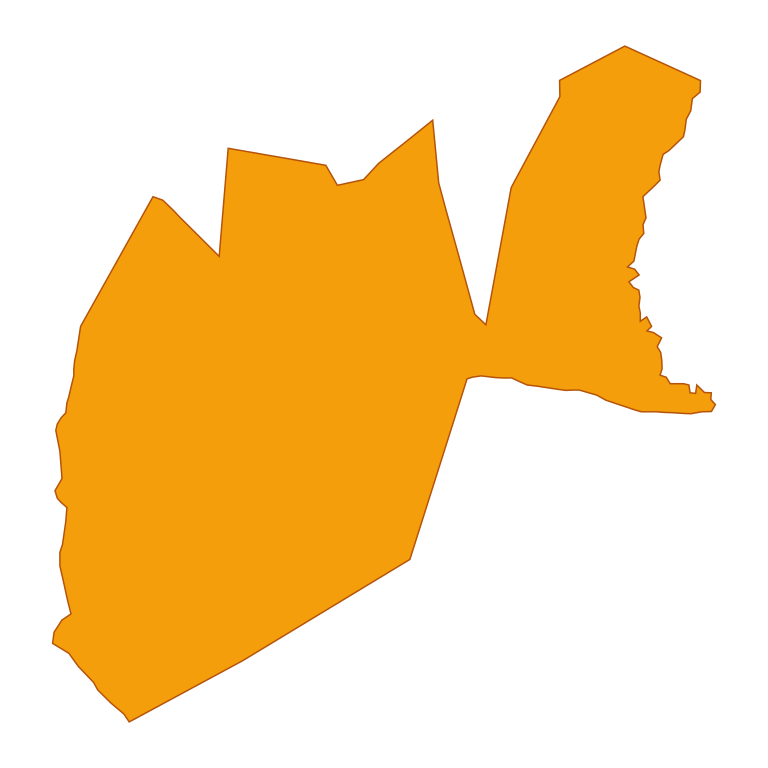 São Lourenço do Piauí, Piauí, Brazil (Natural Earth projection)
{"feature_id": "56859067B94074134644551", "entity_name": "São Lourenço do Piauí", "entity_type": "district", "adm_level": 2, "iso_a3": "BRA", "parent_name": "Brazil", "parent_adm1": "Piauí", "projection": "natural_earth1", "projection_center": [-42.478, -9.175], "detail": "fine", "context": "isolated", "style": "filled", "palette": "amber", "viewbox_px": 768, "rotation_deg": 0, "n_neighbors": 0, "source": "geoboundaries", "source_scale": "gbopen_adm2", "svg_char_len": 1771}
<svg xmlns="http://www.w3.org/2000/svg" viewBox="0 0 768 768"><path d="M700.5,80.6L624.8,46.1L559.6,80.4L559.9,96.6L511.2,187.6L497.6,261.4L485.9,324.8L474.8,314.3L460.3,261.4L445.5,208.2L438.7,182.9L432.7,120.2L405.6,142.0L378.8,163.2L363.6,179.6L337.4,185.3L325.8,165.3L228.2,148.3L219.2,256.4L178.6,216.0L174.0,211.0L162.8,200.2L153.0,196.7L116.9,261.4L80.6,326.4L76.9,350.6L74.7,360.3L73.8,368.8L73.8,375.9L71.6,384.7L68.7,397.1L66.9,402.9L65.8,412.8L61.1,417.8L57.3,424.0L55.8,430.4L59.9,451.3L62.0,478.5L55.0,490.7L57.3,498.2L61.1,502.5L66.9,507.5L65.8,521.5L62.5,544.5L59.9,552.3L59.9,565.9L62.8,578.6L67.8,601.3L71.0,613.9L61.9,620.1L57.4,627.1L54.1,632.1L52.6,643.4L69.0,653.4L73.6,659.9L78.5,666.6L93.5,682.3L97.8,690.0L111.2,703.3L124.0,714.1L129.2,721.9L242.8,660.6L409.9,559.4L453.9,420.5L467.0,378.9L472.2,377.2L481.1,375.9L495.8,377.6L504.0,378.0L511.6,377.9L518.8,381.3L527.2,385.0L538.1,386.3L556.4,389.1L565.7,390.4L571.5,390.1L579.1,390.0L596.7,395.1L605.9,400.2L635.0,410.0L641.4,411.8L656.6,411.8L663.8,412.4L672.4,412.7L678.4,413.1L684.5,413.5L691.0,413.7L701.7,411.8L711.4,411.5L715.4,404.6L710.8,399.5L711.3,392.8L704.4,392.5L696.8,385.0L695.6,393.4L690.1,392.8L688.9,385.0L683.6,383.7L670.2,383.7L666.2,377.2L660.1,375.2L662.1,368.8L661.8,360.6L660.7,352.5L657.2,346.7L661.6,337.9L653.6,332.6L646.9,330.9L651.6,326.4L646.7,316.9L640.3,321.3L640.3,313.0L638.9,306.1L640.0,297.3L638.8,290.1L633.3,287.5L628.9,281.8L639.1,275.0L634.7,269.2L627.5,266.9L633.9,261.1L636.9,245.9L639.1,239.1L643.8,233.4L643.0,224.8L646.0,217.8L642.9,196.7L654.8,185.5L660.1,180.1L658.9,171.8L660.1,165.2L663.1,154.4L669.1,150.4L683.4,136.8L684.9,130.1L686.3,119.2L690.7,110.9L692.4,98.6L700.1,92.1L700.5,80.6Z" fill="#f59e0b" stroke="#b45309" stroke-width="1.5"/></svg>